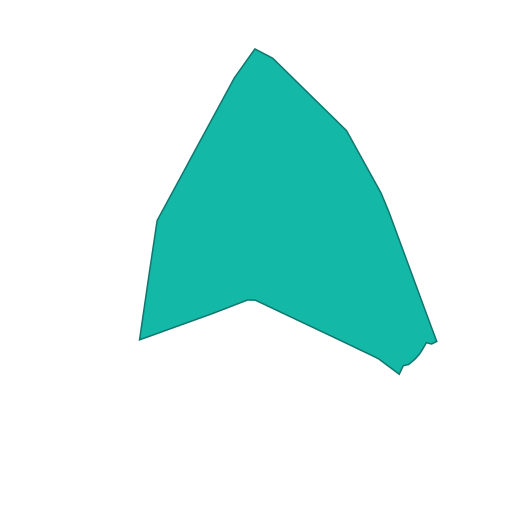 the district of São Pedro, Rio Grande do Norte, Brazil, rotated 148°
{"feature_id": "56859067B47368884593899", "entity_name": "São Pedro", "entity_type": "district", "adm_level": 2, "iso_a3": "BRA", "parent_name": "Brazil", "parent_adm1": "Rio Grande do Norte", "projection": "orthographic", "projection_center": [-35.632, -5.887], "detail": "fine", "context": "isolated", "style": "filled", "palette": "teal", "viewbox_px": 512, "rotation_deg": 148, "n_neighbors": 0, "source": "geoboundaries", "source_scale": "gbopen_adm2", "svg_char_len": 510}
<svg xmlns="http://www.w3.org/2000/svg" viewBox="0 0 512 512"><g transform="rotate(148 256 256)"><path d="M321.0,338.5L325.2,333.6L355.8,297.8L399.2,246.6L322.1,230.0L286.5,223.2L280.0,218.9L228.5,138.6L206.8,104.4L197.2,79.8L189.3,84.9L184.0,83.1L176.3,84.2L169.8,86.0L165.0,88.2L157.4,92.2L153.7,88.3L148.0,87.7L144.6,104.5L120.2,221.6L116.6,242.9L114.8,276.7L112.8,314.3L137.0,414.8L147.2,432.2L180.0,418.5L259.8,373.3L268.3,368.4L321.0,338.5Z" fill="#14b8a6" stroke="#0f766e" stroke-width="1.5"/></g></svg>